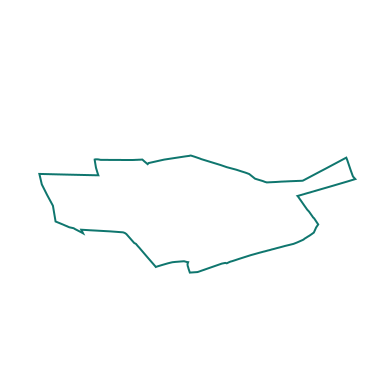 Varakļāni, Varaklanu, Latvia, rotated 199°
{"feature_id": "27541924B76444733337107", "entity_name": "Varakļāni", "entity_type": "district", "adm_level": 2, "iso_a3": "LVA", "parent_name": "Latvia", "parent_adm1": "Varaklanu", "projection": "natural_earth1", "projection_center": [26.753, 56.603], "detail": "fine", "context": "isolated", "style": "outline", "palette": "teal", "viewbox_px": 384, "rotation_deg": 199, "n_neighbors": 0, "source": "geoboundaries", "source_scale": "gbopen_adm2", "svg_char_len": 2318}
<svg xmlns="http://www.w3.org/2000/svg" viewBox="0 0 384 384"><g transform="rotate(199 192 192)"><path d="M281.6,117.5L284.4,120.3L275.3,122.8L272.2,123.7L256.3,128.2L244.1,131.4L242.3,131.4L240.4,130.9L230.1,125.0L228.1,124.7L225.8,123.3L223.4,122.0L223.3,121.9L223.1,121.8L212.9,115.8L202.7,109.9L202.1,109.5L201.8,109.3L201.0,110.0L196.3,113.4L191.6,116.7L189.6,118.0L187.7,119.2L184.7,120.6L181.7,121.9L179.4,122.9L177.1,123.9L176.5,124.0L175.9,124.0L175.1,124.1L174.3,124.1L172.8,124.4L172.8,122.4L172.0,120.7L171.2,119.7L170.2,118.2L167.8,115.1L160.7,118.1L140.5,134.0L139.3,134.7L138.1,135.4L137.8,135.6L137.4,135.8L135.9,135.9L133.8,138.0L132.7,138.9L131.9,139.4L128.3,142.1L127.8,142.5L125.3,144.4L115.5,151.7L114.0,152.7L108.5,156.5L106.7,157.7L104.8,159.0L104.6,159.1L104.3,159.3L104.1,159.4L101.2,161.4L99.9,162.2L98.6,163.1L98.1,163.5L96.2,164.7L94.6,165.8L93.3,166.7L91.6,167.8L87.6,170.5L86.6,171.2L83.3,173.3L79.6,175.7L79.4,175.8L78.9,176.2L77.6,177.3L76.2,178.5L74.9,179.7L73.3,181.2L72.1,182.3L71.3,183.1L71.0,183.4L70.4,184.5L69.3,185.8L67.8,187.7L66.6,189.1L65.9,190.1L65.5,190.6L63.6,193.3L63.3,196.4L63.1,198.8L62.1,202.4L67.6,206.6L68.2,207.0L69.3,207.4L69.6,207.7L75.0,211.6L77.3,212.8L81.6,215.9L90.5,222.4L90.9,222.6L79.1,230.9L69.3,237.8L63.6,241.8L48.4,252.6L41.8,257.4L44.2,258.7L44.8,259.1L45.3,259.6L49.0,264.2L55.5,272.6L57.3,274.7L57.7,274.3L73.8,257.0L77.6,253.0L90.7,239.0L91.3,238.6L92.5,238.1L102.8,234.1L106.3,232.7L110.9,230.9L115.4,229.0L123.7,225.7L124.4,225.4L125.2,225.4L126.0,225.3L128.6,225.4L133.8,225.2L136.7,225.1L143.7,227.6L146.6,227.7L146.9,227.7L147.3,227.7L147.6,227.7L147.8,227.7L148.1,227.7L148.3,227.7L151.6,227.6L157.4,227.5L167.2,226.8L173.9,226.8L194.1,226.1L195.3,226.2L201.2,226.2L205.0,226.1L205.8,225.7L206.1,225.4L209.7,223.6L229.0,213.5L229.3,213.3L229.6,213.1L229.8,213.0L232.6,211.3L242.5,205.2L243.0,203.9L246.9,205.4L249.5,206.5L258.1,203.1L262.9,201.4L267.6,199.8L268.3,199.6L287.5,193.1L288.2,192.9L288.6,192.7L291.2,192.3L292.4,192.0L293.6,191.6L294.6,191.0L294.5,190.7L290.7,183.7L287.4,179.1L286.0,177.3L290.0,176.0L317.9,167.1L342.2,159.4L336.5,150.3L328.0,142.0L319.0,133.7L311.4,119.7L304.7,119.3L296.5,118.7L292.4,119.2L291.4,119.1L290.8,118.9L284.7,118.0L283.9,117.9L281.6,117.5Z" fill="none" stroke="#0f766e" stroke-width="2"/></g></svg>